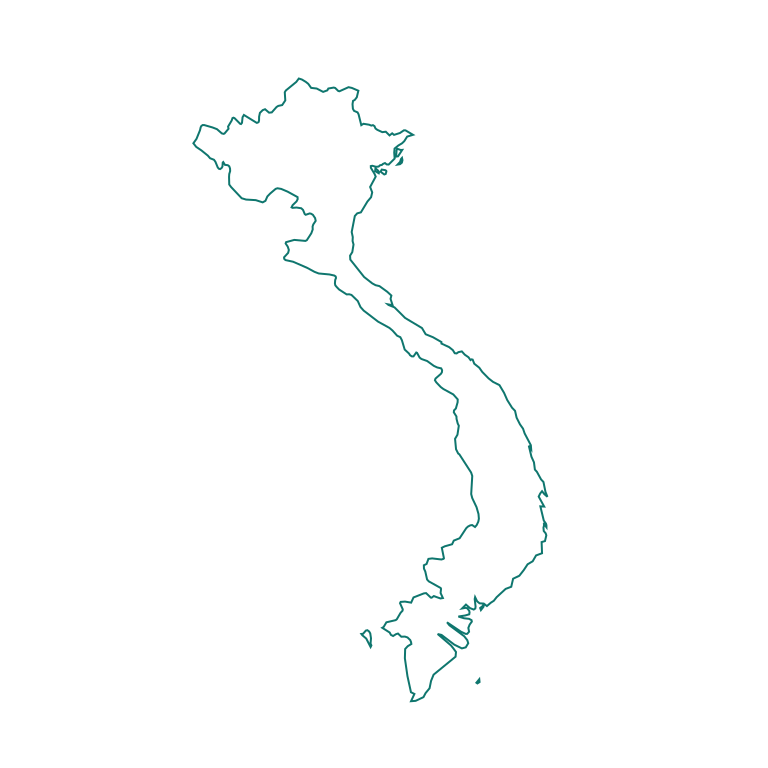 the border of Vietnam, rotated 348°
{"feature_id": "VNM", "entity_name": "Vietnam", "entity_type": "country or territory", "adm_level": 0, "iso_a3": "VNM", "parent_name": "Asia", "parent_adm1": "", "projection": "robinson", "projection_center": [106.111, 15.964], "detail": "fine", "context": "isolated", "style": "outline", "palette": "teal", "viewbox_px": 768, "rotation_deg": 348, "n_neighbors": 0, "source": "natural_earth", "source_scale": "50m", "svg_char_len": 6128}
<svg xmlns="http://www.w3.org/2000/svg" viewBox="0 0 768 768"><g transform="rotate(348 384 384)"><path d="M464.2,146.3L458.1,146.8L454.3,150.7L451.7,152.3L447.6,153.7L443.3,155.9L442.1,159.8L441.3,165.7L434.2,170.3L432.3,169.8L430.9,168.1L428.8,168.5L427.4,169.3L425.7,169.2L423.9,170.2L421.4,169.9L417.9,168.1L416.4,168.1L416.1,169.8L418.4,176.4L419.0,179.4L411.4,188.4L412.3,194.1L410.2,198.6L405.7,202.1L397.1,211.3L393.3,211.5L390.4,213.6L384.0,228.6L384.0,233.8L383.0,237.6L383.2,241.2L380.4,248.4L377.5,251.4L376.9,255.3L386.8,275.2L393.4,283.1L396.3,285.6L399.9,287.3L406.3,294.4L409.6,299.0L408.1,302.1L408.8,308.7L404.2,306.8L404.8,307.6L410.2,311.2L418.4,323.8L432.8,337.2L435.1,344.0L441.6,348.4L448.9,354.9L448.6,356.4L455.4,361.5L458.4,365.2L459.6,368.6L461.4,369.2L463.4,368.3L466.9,368.3L469.1,372.1L472.2,375.4L473.6,378.6L474.8,378.1L475.8,378.6L476.5,382.9L480.6,387.9L482.6,392.6L487.5,400.3L491.1,404.6L496.7,409.1L499.6,417.6L501.2,425.3L504.3,433.8L506.6,437.5L506.7,444.5L508.6,451.7L510.7,456.6L511.3,461.6L514.9,474.4L514.4,478.3L512.8,474.4L513.1,485.8L514.4,491.8L513.8,499.1L515.3,501.7L517.8,510.0L519.6,513.0L519.5,523.1L520.4,528.3L518.0,525.2L516.3,521.7L514.0,523.6L511.9,526.3L515.2,537.2L511.5,536.2L511.9,550.8L513.4,554.3L513.5,555.9L513.1,557.9L512.1,555.7L511.8,553.5L511.3,554.0L511.3,555.2L510.1,557.7L509.7,561.0L511.1,563.7L511.3,565.8L508.8,571.1L505.3,571.4L503.4,582.4L497.1,583.3L492.6,588.3L487.0,590.2L482.0,595.1L476.5,599.7L469.8,601.3L466.3,608.8L460.4,609.7L449.9,615.9L446.3,618.9L443.1,620.1L438.5,622.6L435.9,619.5L431.9,618.4L429.9,615.9L428.8,611.4L428.0,613.2L427.3,620.8L426.6,622.6L424.9,623.3L421.5,621.1L418.3,616.8L413.7,619.8L417.2,619.9L418.8,620.7L420.2,623.6L420.2,625.2L419.5,627.0L415.2,627.3L408.4,626.9L413.6,629.8L418.4,631.4L420.5,633.2L420.5,634.7L417.8,637.1L415.8,640.1L415.7,644.0L413.4,645.7L411.9,645.4L407.8,642.3L396.1,630.2L397.8,633.6L410.0,647.4L412.2,651.9L412.5,655.1L409.2,658.6L405.2,658.8L398.6,653.6L388.1,641.4L384.5,639.7L395.2,653.7L396.9,657.1L398.7,661.1L397.3,665.6L372.1,678.6L368.3,684.2L365.3,691.1L360.4,695.0L357.5,698.5L349.1,700.5L344.5,699.9L349.3,693.5L346.3,691.1L346.2,674.6L347.4,656.6L349.6,647.6L352.7,645.4L356.7,644.0L356.8,642.1L356.4,639.9L354.3,636.8L351.9,635.4L348.4,634.8L345.8,631.0L343.7,631.2L340.5,632.4L338.6,630.8L337.9,628.3L331.6,622.1L333.1,621.6L336.8,617.6L346.3,617.4L347.6,616.8L352.6,611.3L355.0,609.6L355.5,608.3L354.1,601.7L355.0,600.6L359.3,601.2L365.1,603.5L368.5,598.9L379.5,597.1L381.7,597.3L385.4,602.7L386.2,602.9L388.6,601.8L394.6,605.5L397.1,605.6L395.9,600.2L397.2,596.3L397.0,595.3L386.8,586.4L385.5,584.2L385.4,576.0L384.7,572.9L385.3,569.6L388.2,568.9L391.1,564.3L394.8,564.6L403.7,567.6L405.9,567.4L406.4,566.9L406.5,556.2L409.7,555.4L417.3,554.9L419.7,551.7L425.9,550.6L434.5,542.1L436.5,540.9L439.0,540.2L440.9,540.3L443.3,542.8L445.3,541.3L447.6,538.3L448.8,535.5L449.4,530.8L448.9,523.7L446.6,514.0L446.4,509.8L451.2,492.3L450.8,488.7L443.1,468.5L442.1,467.4L440.9,462.8L442.1,452.4L445.3,448.9L448.5,440.4L447.9,438.0L447.7,433.2L448.1,430.8L446.4,426.2L447.0,424.4L449.2,422.9L452.2,417.2L452.9,414.4L449.6,408.6L441.1,401.3L438.9,398.8L435.5,393.3L434.6,390.9L435.5,389.4L441.9,385.8L443.1,384.5L443.7,382.6L443.2,380.6L439.5,378.9L436.5,376.6L431.0,370.5L425.8,367.3L424.3,365.5L422.8,360.4L422.1,359.9L418.6,363.1L417.0,362.8L415.5,361.3L414.8,359.4L411.4,354.6L410.6,344.9L409.7,341.6L406.9,339.5L403.4,333.4L401.0,330.3L391.2,321.8L379.4,308.0L377.0,303.8L375.6,297.4L370.7,290.1L368.6,289.0L366.1,288.6L359.7,282.2L357.9,279.3L356.9,277.4L356.9,275.4L357.9,272.1L359.1,270.3L359.1,268.8L358.0,267.6L353.4,265.5L343.1,262.3L339.3,259.8L333.1,254.5L320.5,245.5L313.4,242.3L312.4,240.8L312.6,239.3L317.5,235.8L318.8,233.1L318.4,229.6L317.0,226.1L317.7,224.9L326.2,224.4L336.9,227.7L338.4,227.3L344.2,221.5L346.4,218.0L346.9,215.1L348.0,213.2L351.1,210.2L351.1,207.4L349.6,203.7L348.1,202.3L346.8,201.7L342.6,202.2L341.8,201.3L341.0,196.9L339.6,194.9L335.1,193.2L331.2,192.7L330.3,192.0L331.8,190.1L336.4,187.2L338.0,185.2L338.3,183.2L329.7,175.8L324.0,171.8L320.5,170.4L318.6,170.6L312.3,174.0L308.9,176.3L306.1,180.2L303.1,181.1L296.8,177.5L287.4,174.9L283.4,172.7L275.3,159.4L274.1,156.7L275.5,149.2L276.3,146.4L277.8,143.7L278.2,141.2L277.9,138.9L276.7,137.5L274.0,136.6L272.9,133.5L272.3,133.9L271.2,137.7L270.0,139.0L268.4,139.7L267.2,139.1L266.4,137.6L265.3,131.6L264.3,129.3L260.8,127.0L259.2,124.0L254.0,117.6L249.6,113.0L247.6,108.9L251.6,105.2L256.8,97.5L258.0,94.9L258.8,93.8L260.4,93.0L262.1,93.4L269.6,97.4L273.6,100.0L277.5,105.2L279.2,106.0L280.1,105.8L285.0,102.0L285.0,99.8L289.8,94.6L291.1,92.4L292.1,92.2L293.1,92.9L297.4,99.6L298.2,100.0L299.4,99.0L301.1,93.7L302.9,91.7L313.8,102.1L314.8,102.1L315.9,101.6L316.6,100.1L317.4,96.6L319.0,93.0L322.3,90.9L324.8,90.5L328.0,94.7L330.7,95.0L336.5,90.7L338.4,90.0L342.4,90.0L346.4,86.1L347.6,78.0L349.0,76.5L361.0,70.3L364.2,67.5L367.0,69.1L370.3,72.2L372.3,74.6L374.3,79.2L379.6,81.0L385.2,85.6L389.6,85.0L391.0,83.4L396.5,83.6L397.8,84.3L400.2,87.9L401.3,88.4L411.0,86.3L414.1,87.7L419.9,91.8L417.0,97.9L414.4,100.1L412.6,100.6L411.4,103.7L410.8,108.3L411.5,110.6L414.6,112.8L415.2,114.9L415.6,126.1L418.0,125.2L423.4,127.3L425.3,128.6L427.0,128.5L428.3,129.8L428.8,132.3L430.3,134.0L434.7,137.3L438.2,137.6L441.1,142.0L444.1,140.5L445.6,142.4L451.8,141.8L456.2,140.0L457.8,140.4L464.2,146.3ZM318.0,623.0L318.7,625.1L318.4,630.1L316.9,635.0L317.3,637.1L316.2,638.5L313.7,629.3L310.6,625.3L309.9,623.8L311.7,623.9L315.0,621.4L316.6,621.4L318.0,623.0ZM450.5,158.8L445.1,164.2L443.1,164.1L444.9,158.0L445.8,156.6L449.0,158.6L450.5,158.8ZM429.3,178.9L427.8,179.1L424.8,175.6L426.4,173.8L429.7,175.1L430.5,175.9L430.5,176.7L429.3,178.9ZM447.5,171.2L445.4,172.3L442.9,172.2L445.9,170.1L447.4,167.5L448.6,166.6L448.6,168.9L447.5,171.2ZM423.1,176.0L422.7,176.8L419.6,173.9L420.5,171.2L422.7,174.2L423.1,176.0ZM434.9,622.7L431.8,625.3L431.5,623.1L434.3,621.7L435.3,620.6L435.9,620.6L434.9,622.7ZM415.5,695.4L413.1,696.3L412.3,695.4L415.8,692.6L415.5,695.4Z" fill="none" stroke="#0f766e" stroke-width="2"/></g></svg>